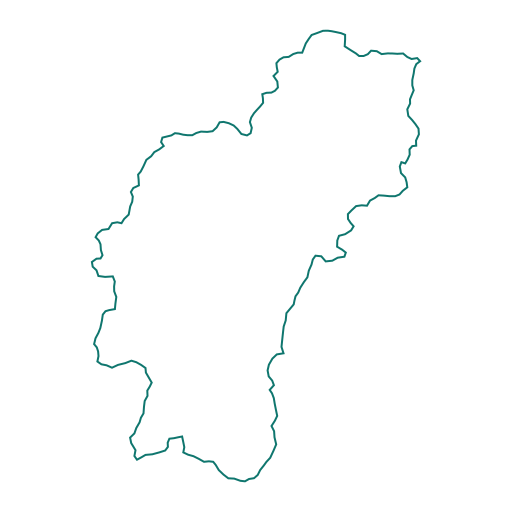 the district of Abre Campo, Minas Gerais, Brazil
{"feature_id": "56859067B55300452667889", "entity_name": "Abre Campo", "entity_type": "district", "adm_level": 2, "iso_a3": "BRA", "parent_name": "Brazil", "parent_adm1": "Minas Gerais", "projection": "orthographic", "projection_center": [-42.441, -20.281], "detail": "fine", "context": "isolated", "style": "outline", "palette": "teal", "viewbox_px": 512, "rotation_deg": 0, "n_neighbors": 0, "source": "geoboundaries", "source_scale": "gbopen_adm2", "svg_char_len": 3489}
<svg xmlns="http://www.w3.org/2000/svg" viewBox="0 0 512 512"><path d="M420.1,61.2L417.2,58.1L411.6,59.0L407.3,57.0L403.1,53.5L397.3,53.8L392.7,53.5L387.7,53.4L381.6,54.1L376.8,51.2L371.1,50.7L367.8,54.2L363.6,56.0L359.1,56.0L355.9,53.4L350.9,50.3L344.7,46.3L345.1,39.6L345.1,34.8L341.1,33.2L336.1,32.1L331.6,31.2L327.8,30.7L323.0,30.8L317.2,33.0L311.6,35.0L308.7,39.0L305.8,43.4L304.1,47.8L302.2,52.7L297.6,52.7L293.3,54.0L288.7,56.9L283.5,57.3L279.5,59.6L276.4,63.2L276.8,67.3L277.7,71.8L273.5,76.0L277.3,81.5L277.9,87.5L274.9,90.8L271.4,92.6L266.5,92.8L262.3,94.2L262.9,98.2L263.1,102.8L260.0,106.6L257.1,109.7L254.0,113.2L251.2,117.6L249.9,122.1L251.8,127.8L250.6,133.2L247.0,135.4L241.4,134.0L237.3,128.9L233.7,125.5L228.8,123.2L223.6,121.9L219.6,122.3L216.7,127.4L212.6,131.2L207.3,131.9L201.0,131.6L196.3,133.0L192.3,135.2L187.6,135.2L183.2,134.7L178.8,133.6L174.9,133.2L171.4,135.4L166.9,136.5L162.4,137.6L161.1,142.1L163.7,146.0L159.2,149.4L154.3,152.1L151.2,156.2L146.4,159.8L143.4,166.4L140.7,171.6L138.1,174.6L138.6,179.5L138.9,185.4L133.3,188.0L130.9,192.0L132.8,196.6L132.2,201.8L130.2,206.4L128.7,214.6L124.1,219.0L121.5,223.2L117.3,222.3L112.1,223.2L108.5,229.0L102.1,229.9L97.7,233.4L95.6,237.2L98.8,240.5L100.5,244.3L100.9,250.1L102.5,255.2L100.5,258.5L96.5,258.7L91.9,262.0L92.7,266.7L96.5,270.3L98.4,276.0L105.1,276.9L112.8,276.4L114.8,281.5L114.1,286.4L114.2,291.3L116.3,296.9L115.4,303.7L114.9,309.1L109.2,310.1L105.5,311.2L102.8,314.6L101.9,320.8L100.3,328.1L98.4,332.9L95.5,338.3L94.1,344.1L96.8,347.4L98.1,351.4L98.5,356.1L97.4,361.5L101.4,364.3L106.6,365.3L112.0,367.7L118.0,364.9L125.3,363.1L131.4,360.7L136.3,362.2L141.1,364.9L145.5,368.0L145.9,372.6L148.8,377.6L151.7,382.6L149.8,386.5L147.3,390.6L147.5,395.9L144.7,401.0L144.0,406.6L143.5,413.4L140.9,417.8L139.6,422.3L136.3,428.0L134.4,433.4L130.1,437.6L131.2,443.1L133.4,446.7L135.5,450.2L134.4,456.0L137.0,459.7L141.4,457.3L145.5,454.9L152.3,454.3L159.3,452.4L165.2,450.5L167.9,446.9L167.7,442.7L169.4,438.7L173.9,438.2L178.0,437.3L182.1,436.5L183.3,442.2L184.3,447.2L183.3,452.4L188.1,454.7L193.5,456.2L198.7,458.8L204.0,461.8L208.9,461.3L213.2,461.8L215.7,464.9L218.8,470.1L223.5,474.6L228.3,478.3L234.2,478.6L240.4,480.8L245.0,481.3L249.0,479.0L254.0,478.2L257.7,475.0L260.2,470.0L263.8,465.5L266.4,461.9L270.2,457.8L273.5,450.7L276.2,444.4L274.5,437.3L274.1,431.2L271.5,426.0L274.9,420.7L277.2,415.9L275.8,409.2L274.7,403.6L273.8,398.1L272.0,393.3L269.7,389.9L273.9,385.2L272.2,380.6L268.7,376.4L267.6,370.4L268.9,364.7L272.4,358.6L276.8,354.4L283.5,353.3L281.5,346.9L282.2,340.0L283.0,332.5L283.7,326.5L285.7,320.5L286.4,313.2L290.3,308.5L293.7,304.4L294.5,300.4L295.5,296.3L298.2,292.6L300.3,287.7L303.8,282.2L307.4,277.3L308.8,270.7L311.5,264.6L312.8,259.5L315.5,255.7L321.3,256.3L325.7,261.4L332.3,260.7L337.7,257.7L344.4,256.7L345.8,252.6L342.3,249.8L337.1,246.7L337.3,240.5L339.0,235.8L345.1,234.2L351.1,230.4L353.6,226.3L350.6,222.9L348.0,219.0L347.9,214.1L351.5,210.4L356.1,206.1L361.7,205.3L367.0,205.7L370.0,200.6L374.8,198.0L378.5,195.3L383.7,195.6L389.6,196.2L395.2,196.2L399.5,194.5L402.9,190.7L407.3,187.3L406.6,182.2L405.2,177.4L401.0,173.1L399.8,166.5L401.4,162.2L405.2,163.4L407.5,159.6L409.7,154.7L409.5,149.4L412.3,146.1L416.2,145.7L416.0,140.6L418.9,134.3L418.5,128.6L415.4,124.1L412.1,120.0L408.3,115.9L407.3,109.3L410.1,103.6L410.0,99.3L411.7,95.1L413.7,90.3L412.3,85.4L412.3,80.0L413.7,73.4L414.4,68.5L416.3,64.1L420.1,61.2Z" fill="none" stroke="#0f766e" stroke-width="2"/></svg>